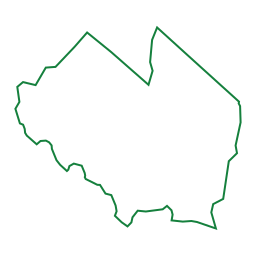 the district of Cumberland, New Jersey, United States of America
{"feature_id": "52423323B85945473450778", "entity_name": "Cumberland", "entity_type": "district", "adm_level": 2, "iso_a3": "USA", "parent_name": "United States of America", "parent_adm1": "New Jersey", "projection": "albers", "projection_center": [-75.162, 39.373], "detail": "fine", "context": "isolated", "style": "outline", "palette": "green", "viewbox_px": 256, "rotation_deg": 0, "n_neighbors": 0, "source": "geoboundaries", "source_scale": "gbopen_adm2", "svg_char_len": 932}
<svg xmlns="http://www.w3.org/2000/svg" viewBox="0 0 256 256"><path d="M187.5,55.1L157.1,27.5L152.1,39.9L150.1,62.1L152.6,70.8L148.5,84.8L111.1,52.0L87.1,32.5L74.6,46.8L55.5,66.9L45.8,67.6L35.6,85.1L23.0,82.1L17.3,86.9L19.4,101.9L15.4,108.8L19.9,123.4L23.1,124.7L24.7,128.9L25.1,132.8L26.8,135.6L36.7,144.3L40.5,141.0L45.9,140.6L49.1,142.3L51.6,145.4L51.9,148.9L56.5,160.2L60.1,164.8L66.9,171.0L68.3,169.7L69.4,166.1L73.8,163.6L81.7,165.7L84.7,173.0L85.2,175.7L84.8,177.2L85.7,179.0L97.3,184.8L100.0,184.9L105.5,193.6L111.3,195.1L115.6,205.5L116.6,211.3L114.9,215.8L121.7,222.3L127.5,226.4L131.4,222.4L132.5,217.3L137.7,210.7L145.8,211.5L162.7,209.3L167.0,205.9L171.5,210.3L172.6,214.6L171.6,220.4L182.8,221.6L191.4,221.0L197.0,222.0L215.9,228.5L211.3,212.4L213.2,204.1L223.2,198.9L228.8,161.2L237.0,153.2L235.6,145.5L240.6,122.4L240.1,106.1L238.7,103.4L239.0,101.7L187.5,55.1Z" fill="none" stroke="#15803d" stroke-width="2"/></svg>